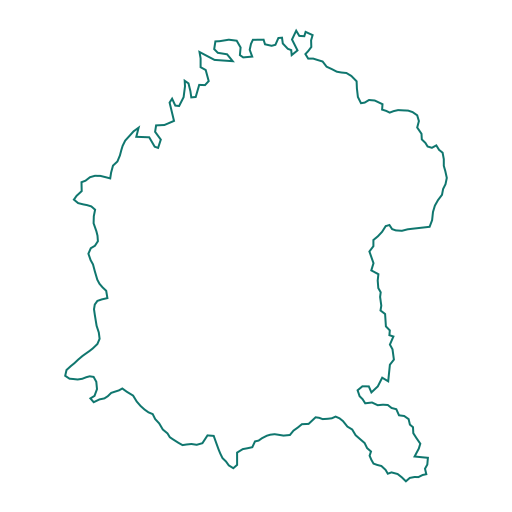 Ipê, Rio Grande do Sul, Brazil
{"feature_id": "56859067B62664054326026", "entity_name": "Ipê", "entity_type": "district", "adm_level": 2, "iso_a3": "BRA", "parent_name": "Brazil", "parent_adm1": "Rio Grande do Sul", "projection": "equal_earth", "projection_center": [-51.295, -28.718], "detail": "fine", "context": "isolated", "style": "outline", "palette": "teal", "viewbox_px": 512, "rotation_deg": 0, "n_neighbors": 0, "source": "geoboundaries", "source_scale": "gbopen_adm2", "svg_char_len": 3990}
<svg xmlns="http://www.w3.org/2000/svg" viewBox="0 0 512 512"><path d="M81.5,182.2L81.7,191.1L76.6,195.8L73.9,199.6L78.1,203.1L83.3,204.4L87.0,205.1L91.3,206.4L95.1,209.7L93.8,216.2L93.6,223.3L96.4,231.3L97.5,235.7L97.9,241.2L94.9,245.8L90.8,248.2L88.4,253.7L90.6,260.1L93.0,264.4L94.8,271.2L97.3,279.7L99.5,283.8L102.5,287.3L106.2,290.8L107.4,298.1L101.8,299.4L97.4,300.9L94.8,304.5L94.0,309.2L94.8,314.8L96.6,325.8L98.8,332.5L99.6,338.8L97.4,344.0L92.7,348.5L89.5,351.0L85.5,353.8L82.3,356.1L78.2,359.6L74.4,363.2L70.8,366.1L66.5,370.0L65.2,375.8L69.5,378.7L73.1,379.0L77.6,379.5L82.2,378.8L86.3,377.2L89.7,376.3L93.6,376.9L96.3,381.8L97.0,389.1L94.5,395.9L90.4,398.4L93.7,402.2L99.5,399.4L104.4,398.4L107.8,396.2L111.2,392.9L114.8,391.7L118.9,390.4L122.3,388.5L126.7,391.7L133.1,395.6L136.7,401.5L140.6,406.0L144.5,409.5L148.4,412.3L152.7,414.1L155.2,419.1L159.2,423.4L162.8,429.5L167.5,433.4L169.8,437.2L172.9,439.3L178.4,442.8L182.5,445.1L186.5,444.5L191.4,444.0L196.7,444.8L202.4,443.2L207.5,435.4L213.7,435.9L216.5,443.7L218.6,449.5L220.3,453.6L222.5,458.1L226.0,461.5L228.8,465.4L233.3,468.2L237.1,464.9L237.1,459.1L237.1,452.6L242.8,449.1L247.2,448.3L252.3,447.2L255.0,441.4L258.6,440.6L262.0,438.2L266.9,435.7L270.3,434.7L274.6,434.2L278.0,434.7L283.5,435.6L289.9,435.0L293.5,430.6L298.0,427.4L301.9,424.2L308.6,423.9L315.6,417.3L319.1,417.8L322.6,419.1L327.5,418.8L331.8,418.3L335.6,416.6L339.5,418.3L343.0,421.1L347.4,426.6L352.2,429.5L355.6,435.2L359.6,438.7L364.6,443.0L367.1,448.1L371.0,451.5L369.6,455.7L371.3,459.7L373.5,463.6L377.1,464.9L381.4,466.0L385.6,469.9L387.8,473.7L391.5,472.4L397.6,474.0L401.8,477.3L405.9,481.3L409.8,477.9L414.6,477.0L418.4,477.1L422.6,475.0L426.3,474.2L425.0,468.7L427.3,464.6L427.9,457.8L422.5,457.3L414.6,456.5L416.7,452.5L418.8,448.6L420.3,443.7L416.3,437.9L413.3,433.2L413.0,427.2L409.9,424.6L408.6,419.1L404.2,416.0L399.0,415.3L396.3,409.2L391.6,408.0L387.8,405.0L383.0,404.7L377.7,405.2L372.0,402.5L365.2,403.3L362.6,399.2L359.6,396.2L357.6,390.3L362.4,386.3L368.8,386.4L371.4,392.4L377.8,386.4L382.2,377.7L388.2,381.3L389.9,364.7L393.9,359.6L392.5,349.3L389.9,344.6L393.4,336.5L389.4,335.2L389.8,330.4L385.9,326.4L385.1,314.0L380.5,310.5L381.3,305.7L380.1,296.9L380.7,292.3L378.3,288.1L377.7,280.5L378.4,274.2L371.3,270.4L373.5,263.2L369.4,251.5L373.4,246.2L373.4,240.0L377.9,236.3L382.1,231.8L385.7,226.1L389.4,225.0L392.1,229.1L395.8,230.4L401.9,230.8L407.7,229.3L411.9,228.8L429.6,226.8L432.1,220.2L433.0,211.9L434.9,205.6L438.0,200.1L442.0,194.8L443.1,189.0L445.5,184.2L446.8,177.9L445.3,171.1L443.8,165.8L443.8,159.2L442.6,152.7L439.1,149.9L436.3,145.4L431.9,147.8L427.6,146.5L425.4,142.9L421.8,139.4L421.5,133.8L417.2,127.5L418.9,121.1L417.2,115.3L412.6,112.1L408.1,110.6L403.7,110.4L398.1,110.1L393.7,111.1L389.7,112.6L386.2,110.9L382.1,109.6L382.5,104.2L378.5,102.3L374.7,100.5L369.0,100.0L364.7,102.6L361.0,103.2L357.9,97.0L356.9,88.4L356.6,81.3L351.4,76.0L346.4,73.0L341.3,72.5L336.8,71.7L332.0,69.2L326.6,66.7L322.6,61.5L317.3,59.9L313.2,58.6L308.2,58.6L305.4,54.1L308.2,51.1L311.3,47.0L311.1,40.3L312.6,35.1L305.6,31.9L304.3,36.2L299.3,35.9L296.2,30.7L292.0,39.5L297.5,50.4L291.7,55.1L291.2,50.1L287.8,48.8L282.8,43.5L282.0,37.7L278.4,38.0L275.4,44.8L271.6,45.8L265.0,44.3L263.6,39.7L252.9,39.8L251.0,43.8L249.7,49.8L252.2,56.6L243.2,57.4L239.9,55.1L240.6,47.5L236.7,40.7L228.8,39.7L219.6,41.2L215.4,41.4L214.2,49.1L217.8,52.8L227.1,54.3L232.7,61.2L214.5,59.9L199.5,52.0L200.6,58.4L200.6,67.2L205.7,70.0L208.7,81.1L205.0,85.1L199.2,84.9L195.7,97.0L191.3,97.4L190.4,91.2L188.5,83.4L184.7,80.8L185.0,86.3L183.6,97.2L179.1,106.0L175.3,105.6L172.1,98.7L169.6,102.6L174.0,120.9L164.4,125.0L156.1,125.4L155.1,131.8L160.8,139.6L158.1,147.9L154.7,146.7L149.2,137.3L136.3,136.8L138.6,127.7L133.6,131.3L130.2,135.1L125.2,140.6L122.6,145.9L121.3,150.2L119.9,155.5L117.4,161.5L113.0,165.6L111.1,172.6L110.2,178.4L105.3,177.1L100.4,175.9L94.9,175.8L90.0,177.2L85.5,180.7L81.5,182.2Z" fill="none" stroke="#0f766e" stroke-width="2"/></svg>